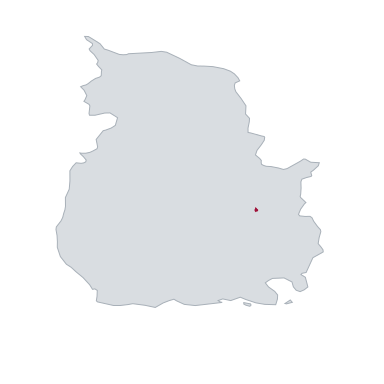 Chamkar Mon, Phnom Penh, Cambodia (highlighted), rotated 284°
{"feature_id": "14789045B33698683582262", "entity_name": "Chamkar Mon", "entity_type": "district", "adm_level": 2, "iso_a3": "KHM", "parent_name": "Cambodia", "parent_adm1": "Phnom Penh", "projection": "equal_earth", "projection_center": [104.92, 11.542], "detail": "fine", "context": "in_parent", "style": "filled", "palette": "rose", "viewbox_px": 384, "rotation_deg": 284, "n_neighbors": 0, "source": "geoboundaries", "source_scale": "gbopen_adm2", "svg_char_len": 3153}
<svg xmlns="http://www.w3.org/2000/svg" viewBox="0 0 384 384"><g transform="rotate(284 192 192)"><path d="M317.0,50.2L317.8,53.8L315.7,60.6L313.6,66.9L309.5,72.3L309.3,76.3L307.9,88.2L308.5,92.0L309.5,95.3L310.8,97.0L314.4,108.7L317.7,119.4L321.0,128.1L321.5,133.6L318.7,147.6L315.3,160.5L315.6,166.9L317.1,173.4L318.7,181.9L319.3,192.9L318.5,200.0L316.9,204.5L314.0,209.0L311.4,211.4L308.3,207.5L305.8,207.3L302.5,208.5L299.9,210.3L294.6,217.0L288.7,223.5L280.6,225.1L277.4,230.0L274.0,230.6L267.5,230.9L263.3,232.0L263.5,234.4L263.2,245.9L263.3,248.6L262.6,249.3L259.7,249.6L254.8,247.9L248.1,245.0L243.3,244.6L240.9,249.6L239.4,251.6L237.6,251.9L235.7,252.7L235.1,255.0L234.9,257.8L235.8,262.5L236.2,270.1L236.0,275.3L237.7,278.6L248.0,289.6L251.0,292.3L251.3,294.0L249.6,300.0L251.2,308.4L248.0,308.2L242.6,304.6L240.0,302.4L236.9,304.2L235.9,303.8L233.8,299.7L231.0,295.5L228.2,295.2L222.2,296.9L216.1,298.0L213.8,298.0L212.9,298.8L209.3,305.1L207.8,304.0L201.7,301.6L196.1,300.7L194.9,302.3L195.6,307.4L196.9,312.4L196.1,314.6L193.0,317.2L189.0,322.0L186.5,325.7L184.7,326.6L178.5,326.4L172.4,326.9L169.9,330.4L167.6,333.1L165.6,333.8L157.5,325.2L141.5,322.2L139.7,318.4L138.2,317.7L136.7,322.6L127.9,327.4L124.2,324.5L121.5,321.0L121.9,316.8L124.5,313.3L128.9,310.8L130.9,302.1L127.6,290.9L124.7,287.7L121.6,285.1L118.4,289.2L115.6,296.3L112.8,300.0L108.8,300.8L102.9,300.5L100.6,289.9L99.9,280.8L100.7,270.4L101.6,264.3L96.0,255.8L95.7,247.7L93.0,243.6L92.2,245.7L92.2,248.0L91.5,246.3L82.6,222.6L81.1,211.7L82.7,203.2L83.6,200.4L81.0,196.0L77.4,190.9L71.1,184.3L70.7,173.8L69.3,161.5L67.4,157.4L64.5,149.8L62.9,143.5L62.5,126.9L63.3,125.5L67.8,125.1L73.6,123.9L74.5,121.2L73.5,119.0L77.2,115.2L82.6,107.0L86.7,98.4L89.7,93.0L91.5,87.6L97.5,79.9L105.7,74.7L111.3,73.4L117.1,71.6L122.7,69.1L125.3,68.8L132.3,71.9L136.0,72.7L139.9,72.7L144.0,73.0L147.5,72.7L156.0,70.5L165.0,72.2L173.1,70.9L183.0,68.4L187.9,70.0L192.3,72.5L193.0,77.5L194.0,79.8L195.5,81.6L197.4,81.6L200.0,78.1L202.1,74.4L202.8,73.8L202.9,75.6L203.9,79.5L205.8,83.4L207.8,85.9L211.0,89.4L213.0,89.5L219.8,86.3L230.0,91.0L231.2,93.3L234.5,98.1L238.1,101.5L246.1,101.8L248.9,93.3L247.5,88.2L243.0,79.3L241.7,74.0L243.2,73.1L250.8,72.1L252.1,71.0L253.8,65.2L255.8,65.9L260.1,66.6L264.6,62.7L267.2,58.5L268.7,60.4L270.3,63.3L272.0,65.0L275.3,67.5L278.9,71.0L281.1,74.5L282.9,75.8L287.4,74.9L288.6,75.0L291.3,70.8L293.1,68.5L294.7,69.2L297.0,69.1L301.7,63.8L304.4,58.9L305.9,57.6L310.2,60.0L311.9,59.5L314.3,52.8L317.0,50.2ZM97.6,275.9L96.8,276.5L95.9,276.5L95.1,275.6L95.2,271.7L95.8,269.4L97.2,269.0L97.6,275.9ZM111.0,313.5L109.2,316.0L106.3,310.7L106.3,309.2L111.0,313.5Z" fill="#d9dde1" stroke="#a8b0b8" stroke-width="1"/><path d="M189.9,258.0L189.7,258.0L189.4,258.0L189.4,257.9L189.2,258.0L189.0,258.3L188.9,258.4L188.8,258.5L189.0,258.7L189.1,258.8L189.3,258.9L189.4,259.0L189.5,259.3L189.5,259.5L189.7,259.8L189.8,259.9L190.0,259.9L190.3,259.8L190.3,259.7L190.5,259.6L190.5,259.4L190.5,259.1L190.6,258.9L190.8,258.9L191.1,258.6L191.5,257.9L190.8,257.9L190.7,257.9L190.4,257.9L190.2,257.9L190.1,258.0L189.9,258.0Z" fill="#f43f5e" stroke="#9f1239" stroke-width="1.5"/></g></svg>